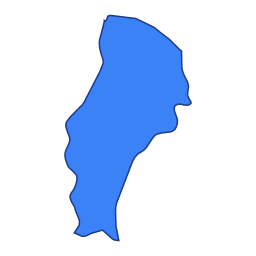 the Region of Demerara-Mahaica
{"feature_id": "GUY-677", "entity_name": "Demerara-Mahaica", "entity_type": "Region", "adm_level": 1, "iso_a3": "GUY", "parent_name": "Guyana", "parent_adm1": "", "projection": "mercator", "projection_center": [-58.12, 6.456], "detail": "fine", "context": "isolated", "style": "filled", "palette": "blue", "viewbox_px": 256, "rotation_deg": 0, "n_neighbors": 0, "source": "natural_earth", "source_scale": "10m", "svg_char_len": 1466}
<svg xmlns="http://www.w3.org/2000/svg" viewBox="0 0 256 256"><path d="M104.3,20.4L105.5,21.0L106.7,19.7L107.8,16.2L110.3,15.4L135.8,18.5L154.3,27.5L160.2,32.4L169.1,39.1L180.2,50.1L181.6,51.1L181.5,51.6L181.9,68.1L182.9,72.2L184.6,76.4L187.1,81.1L188.0,83.7L188.5,86.3L187.5,94.2L187.9,96.2L188.8,98.2L191.0,102.0L190.9,103.6L188.3,105.1L186.0,105.1L183.8,104.9L181.7,104.4L179.7,104.1L177.6,104.3L175.8,105.1L174.4,106.7L174.2,109.5L174.7,111.8L177.1,118.5L177.4,120.6L177.3,122.8L176.9,124.9L176.1,127.2L174.9,129.4L172.4,131.3L170.2,131.9L161.4,133.0L157.5,134.0L156.1,134.6L154.8,135.6L152.7,138.0L146.5,147.3L143.9,150.1L141.3,151.9L139.3,153.0L137.2,154.5L134.7,157.6L132.5,161.5L116.8,202.5L115.9,206.0L115.5,210.6L116.0,226.3L118.8,240.6L114.4,240.0L112.5,239.0L102.5,230.1L91.4,233.3L86.1,235.9L83.7,236.2L82.1,236.3L74.3,232.9L79.2,225.1L79.5,221.2L78.6,218.1L75.6,210.9L74.8,207.8L74.2,206.3L71.9,202.5L70.1,198.2L70.1,196.2L70.5,194.5L71.2,193.1L73.8,189.4L75.7,185.0L76.9,180.3L77.0,177.6L76.6,175.6L75.8,174.4L72.9,171.2L69.3,168.0L68.2,166.4L67.1,164.0L65.4,159.0L65.0,156.0L65.0,153.6L65.4,151.8L65.9,150.2L68.9,143.7L69.7,140.7L69.7,138.6L69.4,136.8L67.5,132.0L65.8,126.3L65.9,124.2L66.3,122.4L67.1,121.1L70.7,116.5L80.6,106.4L81.3,106.0L81.7,105.6L84.1,102.2L99.9,71.6L103.2,63.2L103.2,61.0L102.9,59.1L100.8,52.9L99.7,48.0L99.3,43.1L99.5,40.4L100.3,36.9L101.0,34.7L104.4,21.2L104.3,20.4Z" fill="#3b82f6" stroke="#1e3a8a" stroke-width="1.5"/></svg>